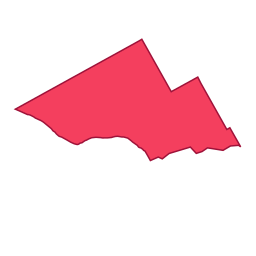 Big Stone, Minnesota, United States of America (Albers equal-area conic projection), rotated 331°
{"feature_id": "52423323B63944458530460", "entity_name": "Big Stone", "entity_type": "district", "adm_level": 2, "iso_a3": "USA", "parent_name": "United States of America", "parent_adm1": "Minnesota", "projection": "albers", "projection_center": [-96.519, 45.381], "detail": "fine", "context": "isolated", "style": "filled", "palette": "rose", "viewbox_px": 256, "rotation_deg": 331, "n_neighbors": 0, "source": "geoboundaries", "source_scale": "gbopen_adm2", "svg_char_len": 1033}
<svg xmlns="http://www.w3.org/2000/svg" viewBox="0 0 256 256"><g transform="rotate(331 128 128)"><path d="M180.3,57.2L38.6,56.9L46.7,67.6L47.4,68.0L48.7,69.2L50.9,72.5L51.8,74.4L55.6,79.5L56.8,81.7L58.6,86.2L60.4,90.8L60.8,92.3L60.9,93.6L61.1,94.3L62.1,96.1L62.5,98.5L63.5,101.3L63.8,101.9L65.6,103.8L68.8,108.9L71.0,112.6L73.3,115.7L75.4,117.7L76.2,118.1L77.4,118.2L78.7,118.0L80.6,118.6L84.2,118.2L85.9,118.5L88.2,118.5L91.5,118.9L95.5,120.6L99.5,123.2L101.0,124.4L102.8,125.3L105.1,126.6L109.0,128.3L110.5,128.6L112.7,129.2L114.9,130.2L118.3,132.9L119.8,133.7L122.9,136.7L124.5,140.4L125.3,142.7L127.5,147.2L127.8,147.8L127.9,149.3L128.1,150.0L128.4,150.5L129.6,151.7L130.6,153.8L130.8,155.2L131.5,156.0L131.7,157.1L131.8,162.0L131.8,167.2L131.8,167.3L140.4,168.1L143.0,171.6L151.6,170.2L173.3,174.9L175.4,183.3L181.3,184.5L187.9,183.9L200.3,193.6L208.9,193.4L216.4,196.8L217.4,199.1L217.2,177.2L213.7,177.2L213.4,124.4L213.7,117.3L183.4,117.2L183.1,57.1L180.3,57.2Z" fill="#f43f5e" stroke="#9f1239" stroke-width="1.5"/></g></svg>